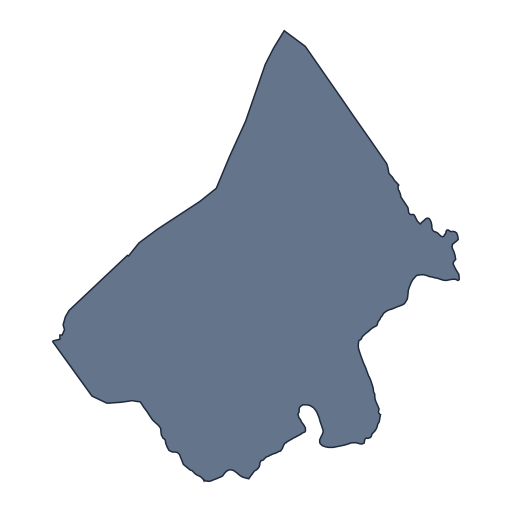 Thamazo, Dennery, Saint Lucia (Natural Earth projection)
{"feature_id": "8701671B30671419360126", "entity_name": "Thamazo", "entity_type": "district", "adm_level": 2, "iso_a3": "LCA", "parent_name": "Saint Lucia", "parent_adm1": "Dennery", "projection": "natural_earth1", "projection_center": [-60.943, 13.934], "detail": "fine", "context": "isolated", "style": "filled", "palette": "slate", "viewbox_px": 512, "rotation_deg": 0, "n_neighbors": 0, "source": "geoboundaries", "source_scale": "gbopen_adm2", "svg_char_len": 6069}
<svg xmlns="http://www.w3.org/2000/svg" viewBox="0 0 512 512"><path d="M447.3,280.3L448.4,280.0L449.1,279.9L450.0,279.7L451.5,279.4L453.6,279.2L454.3,279.2L455.7,279.4L455.9,279.5L456.8,279.9L457.6,280.4L457.8,280.4L458.1,280.4L458.3,280.4L458.7,280.1L459.2,279.4L458.9,274.5L455.4,268.7L453.1,263.8L453.5,261.9L455.7,259.4L455.0,255.3L454.0,252.0L452.1,247.7L452.4,244.4L457.1,240.6L458.2,239.4L457.9,236.9L457.4,234.9L456.8,233.4L456.6,233.0L455.1,231.9L453.7,231.4L452.7,231.4L450.7,231.6L450.1,231.3L449.6,230.9L448.8,230.3L448.2,230.0L447.5,229.9L446.7,230.3L446.5,230.5L446.0,231.6L445.7,233.5L444.6,234.5L444.0,236.1L443.0,236.7L442.2,236.6L440.9,236.1L440.1,235.4L438.8,234.2L437.9,233.2L437.3,232.8L436.1,232.1L433.9,231.4L433.4,231.0L432.7,230.2L432.3,229.2L432.0,228.2L431.7,224.7L431.2,222.4L430.4,220.4L429.6,219.2L428.9,218.4L428.2,218.2L427.1,218.2L426.3,218.5L425.8,218.7L424.3,220.2L422.5,221.7L421.1,223.1L420.8,223.4L420.3,224.0L420.0,223.6L419.3,223.1L418.3,222.2L417.3,221.0L416.1,218.7L414.8,216.0L414.2,215.0L413.6,214.6L412.5,214.4L411.9,214.5L411.1,214.6L410.4,214.4L409.7,214.0L409.1,213.3L408.8,212.7L408.5,211.4L408.2,208.9L407.9,207.7L407.4,206.8L403.5,200.9L402.3,199.2L401.9,198.4L401.3,197.7L401.0,197.1L400.8,196.4L400.6,195.6L400.4,194.2L399.1,190.8L398.4,189.8L398.2,189.2L398.1,187.6L398.1,186.1L398.4,185.5L398.8,185.1L396.5,182.5L394.6,180.6L392.1,176.8L389.9,174.5L388.8,173.1L388.0,168.1L386.7,163.7L370.8,140.7L353.0,115.3L342.6,100.1L327.5,78.4L305.3,46.4L284.2,30.7L273.7,47.9L265.3,64.3L245.6,121.2L229.2,157.3L216.3,188.3L199.9,201.4L157.5,229.2L139.0,242.9L128.5,256.0L127.4,255.4L69.1,310.4L65.4,316.8L63.1,324.8L64.5,329.6L62.2,335.0L59.9,335.0L59.9,339.2L53.1,340.9L52.8,341.8L92.0,396.1L106.7,403.1L109.2,403.1L120.5,402.3L127.1,401.4L132.4,400.6L136.3,401.4L140.2,401.8L144.0,407.6L146.8,411.3L149.7,415.8L152.5,419.9L155.6,422.8L158.4,425.3L160.6,428.2L160.9,431.1L161.3,434.8L163.0,438.1L165.1,439.7L165.8,443.4L167.2,447.1L169.0,450.4L172.2,452.0L175.0,452.0L177.4,452.5L179.5,454.5L183.4,464.4L187.3,467.7L190.5,470.2L192.2,470.6L194.3,473.0L196.4,474.7L200.6,476.7L203.5,479.6L204.0,480.8L204.3,480.1L205.1,480.8L205.4,480.9L206.3,481.0L206.6,481.1L208.2,481.2L208.6,481.3L209.5,481.3L210.0,481.1L210.9,480.9L211.4,480.8L212.5,480.3L213.6,479.8L215.0,479.3L216.1,478.9L216.3,478.8L217.1,478.5L218.8,477.7L220.2,477.2L220.6,477.0L222.0,476.3L222.4,476.1L222.8,475.7L223.2,475.0L223.4,474.9L223.6,474.6L224.1,473.9L224.4,473.4L224.6,473.2L225.6,472.1L225.8,472.0L226.1,471.6L226.8,471.1L227.1,470.9L227.4,470.6L227.7,470.6L228.0,470.4L229.0,469.9L229.9,469.8L231.3,469.9L231.6,470.0L231.8,470.0L232.1,470.1L232.9,470.4L233.1,470.4L233.9,470.7L235.3,471.7L236.5,472.7L236.9,472.8L238.1,474.0L239.0,474.7L239.2,474.8L239.9,475.5L240.2,475.6L240.6,475.9L241.8,476.7L242.0,476.7L242.9,477.2L244.0,477.5L244.6,477.7L248.8,478.8L249.3,477.9L250.2,476.7L250.5,476.3L251.1,475.5L251.7,474.6L252.0,474.2L252.3,474.1L252.5,473.6L253.9,471.7L254.1,471.5L254.5,471.0L255.6,470.3L256.1,470.1L256.3,469.9L256.8,469.6L257.0,469.4L257.3,469.2L257.7,468.9L257.9,468.6L258.5,467.7L258.8,467.5L259.0,467.0L259.1,466.8L259.7,465.2L259.8,464.7L259.8,464.2L259.9,463.1L260.0,462.5L260.4,461.8L261.0,460.8L263.5,459.9L264.2,459.0L264.9,458.2L265.3,457.8L266.1,457.2L267.0,456.6L267.3,456.5L267.8,456.5L268.5,456.2L268.9,456.0L270.0,455.3L271.3,454.8L272.7,454.0L273.7,453.7L274.6,453.5L275.3,453.3L277.6,452.2L278.7,451.6L279.2,451.4L280.1,451.2L280.6,451.0L280.9,450.6L281.6,449.6L282.4,448.4L282.9,447.2L283.1,446.7L283.3,446.0L283.9,444.8L284.4,444.0L284.8,443.4L285.1,443.1L286.2,442.7L286.9,442.0L287.2,441.7L288.5,441.0L289.6,440.3L290.7,439.7L291.6,439.2L293.0,438.3L294.3,437.6L295.2,437.3L296.5,436.5L297.5,436.0L301.3,433.9L302.1,433.1L304.8,432.0L305.5,430.9L305.4,427.9L304.1,425.5L303.3,424.3L301.7,422.3L300.3,419.3L299.2,418.2L298.7,416.8L297.9,414.2L298.8,412.7L299.1,411.3L299.3,408.1L300.2,406.6L302.8,404.8L307.8,404.9L310.1,405.6L313.4,407.6L315.6,410.2L317.0,412.6L317.2,413.1L319.2,418.0L320.1,421.5L322.0,426.9L323.2,430.9L322.9,432.7L322.3,434.3L320.7,437.5L319.7,439.8L319.7,442.5L320.5,444.0L322.4,445.7L325.4,446.8L328.6,447.4L333.2,447.4L342.0,445.6L344.1,445.2L348.0,444.0L351.5,442.8L355.7,442.7L357.3,443.0L360.1,443.9L361.9,444.0L362.8,443.7L364.2,443.0L364.4,441.3L365.1,438.9L366.3,438.0L367.7,438.4L369.0,438.0L370.5,437.5L371.4,436.0L372.1,433.8L374.9,431.0L376.3,428.8L377.2,426.4L377.8,424.0L378.7,422.7L379.2,421.8L380.4,415.1L380.5,414.8L380.3,414.8L378.8,413.1L378.4,411.7L378.7,410.7L379.1,409.0L378.4,407.3L375.7,401.1L374.9,398.0L374.7,394.0L373.6,392.0L373.2,388.2L372.2,384.7L370.3,379.2L369.0,376.5L368.8,376.4L368.6,375.9L368.0,374.2L366.7,370.7L365.9,368.3L363.3,362.5L362.0,358.8L361.3,357.0L360.6,355.1L360.3,354.1L359.8,352.7L358.9,349.7L358.7,349.0L358.4,347.8L358.3,346.2L358.3,344.7L358.4,343.8L358.6,342.2L358.7,341.3L358.9,340.5L359.9,340.1L361.0,339.3L361.3,338.9L361.5,338.4L362.0,337.2L362.4,336.6L364.1,334.9L365.7,333.4L368.2,331.6L369.2,330.7L371.2,328.9L372.6,327.9L374.3,326.9L376.3,325.9L376.8,325.5L377.1,325.0L377.2,324.8L377.4,324.1L377.8,322.5L378.2,321.7L378.7,320.9L379.5,319.9L379.9,319.3L380.5,318.1L380.7,317.7L381.0,317.1L381.4,316.6L382.2,315.9L382.6,314.9L383.0,314.3L383.4,313.7L383.9,313.1L384.8,312.3L386.6,311.1L387.7,310.5L389.1,309.8L389.5,309.7L391.4,309.2L392.1,309.0L397.5,306.7L399.0,306.2L401.9,305.1L403.7,304.1L404.3,303.8L404.6,303.4L405.1,302.8L405.7,301.6L406.7,300.1L407.0,299.6L407.3,298.9L407.6,297.5L407.7,296.5L407.8,295.9L407.8,295.2L408.0,294.1L408.2,291.6L408.2,291.2L408.5,289.7L408.7,289.1L409.5,286.7L410.7,283.8L411.0,282.9L412.1,280.9L412.5,280.2L414.0,278.3L414.8,277.4L415.9,276.2L416.3,275.7L416.9,275.4L417.6,275.2L419.4,275.0L420.7,274.8L421.8,274.7L423.5,274.7L424.8,275.0L426.1,275.3L426.9,275.6L428.9,276.4L429.5,276.6L430.1,276.7L432.1,277.0L435.2,277.9L435.9,278.0L436.4,278.0L436.9,278.1L439.1,278.8L442.0,279.8L442.6,280.0L444.8,280.4L446.5,280.4L447.3,280.3Z" fill="#64748b" stroke="#1e293b" stroke-width="1.5"/></svg>